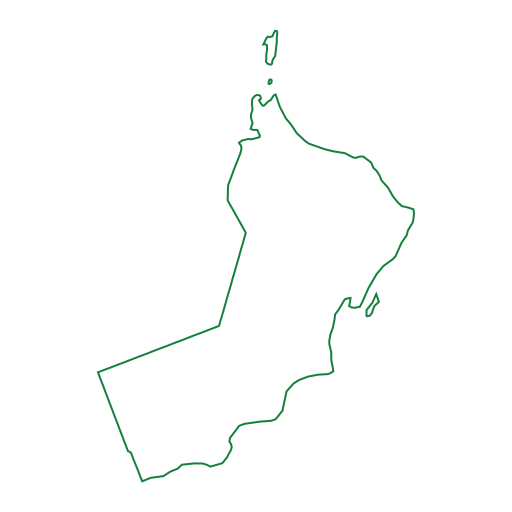 Oman, Robinson projection
{"feature_id": "OMN", "entity_name": "Oman", "entity_type": "country or territory", "adm_level": 0, "iso_a3": "OMN", "parent_name": "Asia", "parent_adm1": "", "projection": "robinson", "projection_center": [56.004, 21.502], "detail": "fine", "context": "isolated", "style": "outline", "palette": "green", "viewbox_px": 512, "rotation_deg": 0, "n_neighbors": 0, "source": "natural_earth", "source_scale": "50m", "svg_char_len": 2998}
<svg xmlns="http://www.w3.org/2000/svg" viewBox="0 0 512 512"><path d="M142.2,481.3L139.8,475.2L137.4,469.0L134.9,462.9L132.5,456.8L130.8,452.5L127.9,451.0L126.2,446.5L124.4,441.9L122.7,437.2L120.9,432.6L119.1,427.9L117.4,423.3L115.6,418.7L113.8,414.0L112.1,409.4L110.3,404.8L108.5,400.1L106.8,395.5L105.0,390.9L103.3,386.2L101.5,381.6L99.7,377.0L98.0,372.3L103.7,370.1L110.6,367.5L117.6,364.8L124.5,362.2L131.5,359.5L138.4,356.8L145.4,354.2L152.3,351.5L159.2,348.8L166.2,346.2L173.1,343.5L180.1,340.9L187.0,338.2L193.9,335.5L200.9,332.9L207.8,330.2L214.7,327.6L219.0,325.9L220.8,319.7L222.3,314.6L223.8,309.5L225.3,304.3L226.7,299.2L228.2,294.0L229.7,288.9L231.2,283.8L232.6,278.6L234.1,273.5L235.6,268.4L237.1,263.2L238.6,258.1L240.0,252.9L241.5,247.8L243.0,242.7L244.4,237.5L245.8,232.8L243.3,228.3L239.9,222.2L236.3,215.8L233.0,209.8L230.5,205.5L227.6,200.2L227.9,193.5L227.9,190.1L228.2,184.9L231.0,177.7L234.3,168.5L236.8,162.4L238.9,157.1L240.5,152.9L241.5,148.5L241.0,145.4L239.9,144.3L239.0,142.8L242.1,140.5L248.1,139.0L251.4,139.3L256.0,138.2L259.6,137.1L259.9,135.8L258.9,133.5L257.4,130.1L252.2,129.7L250.6,128.8L252.4,123.8L252.4,122.3L251.7,120.4L250.9,117.3L251.3,113.3L252.4,110.6L252.4,108.4L251.9,103.8L252.1,99.8L253.1,97.8L255.0,95.9L256.8,95.0L258.7,95.1L260.2,95.8L260.9,98.0L260.5,99.4L259.4,99.6L259.0,100.2L260.5,103.0L262.8,105.8L264.5,105.3L266.4,103.2L268.4,101.4L270.9,99.9L272.7,96.9L274.3,94.9L275.7,94.6L279.8,106.8L285.8,118.3L291.1,124.6L296.7,133.1L305.1,141.0L309.0,143.7L324.6,149.2L333.2,151.3L345.0,153.2L353.2,157.5L355.9,157.8L360.2,156.5L363.3,156.6L371.1,162.5L373.5,168.0L376.7,171.0L379.6,175.6L381.5,180.4L388.1,187.8L392.8,196.1L397.6,202.2L401.9,206.1L408.3,207.6L413.4,209.3L414.0,213.4L413.5,218.7L412.6,222.7L407.9,230.4L406.7,235.2L401.4,243.0L395.6,256.2L392.9,259.1L383.5,265.9L376.6,274.1L368.4,288.3L362.2,302.3L359.8,306.8L354.7,307.8L351.4,307.4L349.1,306.0L350.0,302.2L350.5,297.9L347.5,298.4L344.8,299.3L338.6,309.8L335.1,314.4L334.4,320.3L332.8,327.8L330.3,334.8L329.3,340.7L329.3,344.0L331.2,352.1L331.3,360.4L332.4,365.4L333.3,371.3L330.3,373.2L327.8,374.1L317.8,374.7L307.7,376.7L298.8,380.1L293.5,383.6L286.6,391.3L282.4,410.8L275.7,419.1L271.1,420.8L260.1,421.6L244.6,423.8L239.2,425.8L230.1,437.8L229.4,441.5L231.1,444.3L231.7,447.3L230.9,450.1L226.8,457.6L222.3,463.2L210.5,466.6L206.2,464.5L202.2,463.5L194.5,463.4L182.0,464.7L177.4,468.8L170.2,471.7L163.5,476.1L150.8,477.8L142.2,481.3ZM272.1,63.5L271.3,64.5L270.1,64.6L267.5,63.7L266.0,61.6L266.3,59.0L266.3,54.3L267.1,49.8L266.9,45.1L264.8,44.1L263.4,44.4L266.7,37.7L268.0,36.6L269.3,37.1L272.4,36.3L274.0,32.7L275.3,30.7L276.6,31.0L277.3,32.1L276.8,37.6L276.8,42.2L275.1,56.3L273.3,58.8L272.4,60.7L272.1,63.5ZM369.8,315.6L367.2,316.3L366.5,315.9L366.5,310.1L372.4,302.7L376.2,294.1L378.9,301.8L374.3,306.1L371.8,313.3L369.8,315.6ZM271.4,82.7L269.8,84.0L268.6,83.8L268.8,81.3L269.5,79.6L271.3,79.7L271.7,80.7L271.4,82.7Z" fill="none" stroke="#15803d" stroke-width="2"/></svg>